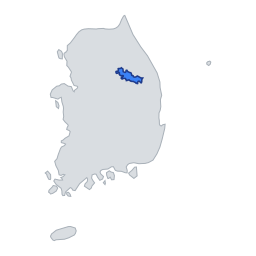 Yeongwol-gun, Gangwon, South Korea shown in context
{"feature_id": "91817680B79863718076959", "entity_name": "Yeongwol-gun", "entity_type": "district", "adm_level": 2, "iso_a3": "KOR", "parent_name": "South Korea", "parent_adm1": "Gangwon", "projection": "mercator", "projection_center": [128.504, 37.208], "detail": "fine", "context": "in_parent", "style": "filled", "palette": "blue", "viewbox_px": 256, "rotation_deg": 0, "n_neighbors": 0, "source": "geoboundaries", "source_scale": "gbopen_adm2", "svg_char_len": 4875}
<svg xmlns="http://www.w3.org/2000/svg" viewBox="0 0 256 256"><path d="M66.2,51.4L67.3,50.6L67.3,49.4L67.3,45.6L70.3,43.0L74.5,37.5L76.5,34.6L78.9,31.8L81.6,29.9L84.2,29.1L88.4,28.7L96.5,29.0L98.0,28.7L103.6,28.4L104.9,28.9L109.0,29.2L113.5,28.9L115.7,28.1L117.8,26.7L119.7,24.2L121.6,19.6L123.6,16.0L124.8,15.4L133.0,34.6L140.8,46.9L147.5,55.8L157.1,72.9L159.9,82.0L160.1,87.6L161.7,95.3L160.4,99.7L160.8,106.7L160.2,110.2L159.0,112.9L158.9,117.9L159.3,120.6L159.4,124.1L160.1,125.5L161.2,126.0L162.9,124.7L165.1,124.2L164.7,128.5L162.1,139.3L159.9,147.1L156.9,153.9L153.0,160.1L148.4,162.6L145.1,163.4L138.9,163.7L133.8,162.7L129.3,163.5L127.6,164.7L126.2,167.0L127.2,170.4L127.1,172.9L125.2,172.7L121.4,171.3L117.3,171.1L115.3,170.3L113.4,166.7L111.4,166.8L107.9,169.0L102.6,169.5L100.7,170.6L100.0,172.1L100.8,174.0L103.5,176.5L102.6,179.0L99.8,180.3L97.6,177.2L96.1,174.2L94.6,174.0L92.1,174.9L91.6,178.1L92.8,180.4L94.6,182.9L92.0,185.9L91.3,188.0L89.5,189.6L84.4,186.2L85.1,183.8L87.3,181.5L87.6,179.1L86.8,177.6L79.6,183.7L75.1,190.6L72.7,190.1L71.7,188.3L70.3,187.6L65.5,192.0L64.6,195.5L62.8,195.6L62.0,194.2L61.9,191.0L61.1,188.3L56.1,184.4L53.8,181.0L55.0,179.1L59.2,180.1L62.6,180.0L61.9,178.4L60.8,177.6L63.0,176.7L64.9,174.8L63.3,174.3L61.0,175.4L59.1,174.8L58.3,170.4L55.9,165.7L54.7,161.3L57.0,158.7L58.2,154.7L60.4,148.8L61.5,147.0L64.5,145.6L65.6,144.1L63.9,143.3L61.3,142.6L61.3,140.9L63.1,140.0L65.1,138.2L69.0,135.9L70.2,131.6L69.1,130.5L66.7,129.5L67.2,127.4L68.2,125.7L67.9,124.7L65.0,121.9L63.1,119.4L63.7,116.5L63.2,112.1L63.5,108.4L63.3,106.4L61.9,101.9L61.3,97.3L59.5,98.0L58.0,99.1L52.7,97.5L51.0,97.4L50.3,94.1L52.2,89.9L56.7,86.2L59.3,85.8L61.3,84.1L64.3,83.6L68.0,86.1L71.3,86.6L73.1,90.9L74.2,91.8L74.5,90.3L77.1,88.4L77.8,87.0L77.2,86.2L74.1,85.5L71.4,80.1L71.0,77.8L70.0,76.3L71.5,72.0L68.3,67.1L66.8,65.6L67.0,61.2L65.3,58.4L64.4,56.8L63.9,54.2L64.3,53.0L65.8,52.5L66.2,51.4ZM55.9,239.8L54.4,240.6L53.0,240.1L52.6,239.7L50.9,237.4L50.5,236.2L51.6,233.9L56.3,230.2L68.3,226.6L70.5,226.5L75.2,228.0L76.2,230.9L75.4,233.4L74.3,235.0L68.8,237.8L64.5,239.2L55.9,239.8ZM137.1,175.9L133.9,178.4L129.6,175.0L128.6,173.1L131.9,170.4L134.6,167.2L136.4,167.0L137.1,175.9ZM114.4,175.6L114.0,179.6L111.6,179.8L110.2,177.2L108.7,178.4L107.9,178.5L106.7,175.3L106.5,172.7L109.3,170.8L111.0,172.0L113.4,172.6L114.4,175.6ZM52.8,193.3L50.6,194.0L49.4,192.6L48.6,192.2L49.0,190.3L52.5,186.7L53.2,185.5L56.5,186.2L57.7,188.1L56.2,191.1L52.8,193.3ZM62.4,53.3L62.3,58.9L60.4,58.7L59.1,58.1L58.6,57.0L57.3,51.8L58.8,49.6L61.5,51.3L62.4,53.3ZM50.7,178.6L50.3,179.6L48.8,179.3L47.3,176.5L46.7,174.3L45.2,173.0L47.6,171.1L50.6,174.6L50.7,178.6ZM59.0,105.8L58.5,108.5L56.3,106.7L55.6,100.7L57.9,102.5L59.0,105.8ZM210.2,64.3L208.7,65.5L206.9,64.3L206.7,62.9L207.6,61.8L209.8,61.1L210.8,62.1L210.2,64.3ZM70.2,194.4L70.8,196.4L68.1,196.0L66.6,194.1L66.8,192.5L68.5,192.3L70.2,194.4ZM105.4,183.4L105.0,184.6L103.3,182.7L105.0,180.6L105.4,183.4Z" fill="#d9dde1" stroke="#a8b0b8" stroke-width="1"/><path d="M142.8,78.0L140.6,77.9L140.0,77.4L139.5,77.1L138.9,76.8L138.1,76.4L137.6,76.0L137.3,76.0L136.9,76.2L136.4,76.6L135.8,76.9L135.2,77.1L134.4,77.1L133.4,76.7L133.2,75.8L133.1,75.7L132.9,75.6L132.0,75.5L131.7,75.3L131.7,75.0L131.7,74.6L131.4,74.2L131.3,73.4L130.7,72.6L130.0,72.6L129.4,72.4L128.9,72.1L128.1,71.8L127.6,71.3L126.9,70.2L126.2,70.3L126.0,70.8L125.9,71.5L125.8,71.9L125.3,72.4L124.7,72.4L124.2,72.1L123.8,72.0L123.2,71.7L123.0,69.5L122.9,68.9L122.4,68.5L121.8,68.2L121.4,68.0L121.3,67.8L120.6,68.3L120.4,68.4L120.0,68.5L119.5,68.5L118.6,68.5L118.2,68.6L118.2,69.2L118.3,69.6L118.3,70.4L118.1,70.7L117.9,71.0L117.9,71.3L116.9,71.3L116.4,71.3L116.0,71.5L116.0,72.1L116.0,72.8L116.6,73.4L117.6,73.2L118.1,72.9L118.3,72.4L118.6,72.3L118.9,72.3L119.3,72.7L119.5,73.0L119.3,73.3L119.3,73.8L119.2,74.2L119.7,74.8L119.9,75.2L120.5,75.3L120.8,75.4L120.9,75.8L121.4,76.0L121.7,75.9L122.1,75.6L122.7,75.5L123.2,75.6L123.3,76.0L123.2,76.4L122.8,76.6L122.6,76.9L122.5,77.2L122.3,77.4L121.9,77.5L121.3,77.7L121.2,78.3L121.6,78.7L121.8,78.9L122.1,79.0L122.4,79.0L122.5,79.0L122.7,78.7L123.0,78.5L123.9,78.5L124.7,78.4L125.2,78.4L125.7,78.9L125.7,79.3L126.2,79.7L126.3,80.2L126.3,80.6L126.8,80.6L126.9,80.2L127.5,80.2L128.4,80.1L128.6,79.9L129.2,79.9L129.5,80.4L130.4,80.8L130.5,81.1L131.0,81.1L131.3,81.1L131.7,81.4L132.1,81.5L132.5,81.4L132.9,81.4L133.3,81.4L133.6,81.5L134.0,81.9L135.3,82.4L135.6,82.7L135.8,82.9L135.8,83.0L136.5,83.0L136.8,83.1L136.9,83.5L137.3,83.6L137.6,83.6L137.7,83.3L137.6,82.9L137.5,82.6L137.8,82.2L137.9,81.8L138.0,81.5L138.3,81.2L138.6,81.2L139.3,81.2L139.5,81.5L140.1,81.9L140.4,82.3L140.6,82.6L140.9,82.8L141.2,82.8L142.0,82.8L141.7,82.7L141.6,82.3L141.7,81.8L141.8,81.3L141.8,80.8L141.8,80.4L141.6,80.0L141.7,79.8L142.0,79.5L142.0,79.0L142.1,78.7L142.3,78.5L142.7,78.2L142.8,78.0Z" fill="#3b82f6" stroke="#1e3a8a" stroke-width="1.5"/></svg>